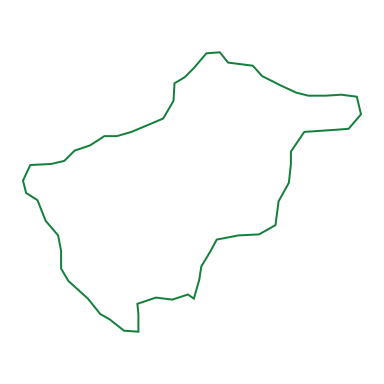 outline of Kyra, Cyprus
{"feature_id": "46923920B69110697471106", "entity_name": "Kyra", "entity_type": "district", "adm_level": 2, "iso_a3": "CYP", "parent_name": "Cyprus", "parent_adm1": "", "projection": "albers", "projection_center": [33.068, 35.212], "detail": "fine", "context": "isolated", "style": "outline", "palette": "green", "viewbox_px": 384, "rotation_deg": 0, "n_neighbors": 0, "source": "geoboundaries", "source_scale": "gbopen_adm2", "svg_char_len": 829}
<svg xmlns="http://www.w3.org/2000/svg" viewBox="0 0 384 384"><path d="M26.1,193.0L37.5,200.2L45.7,220.9L58.1,235.4L61.1,251.0L61.1,268.6L68.4,281.0L78.7,290.3L87.9,298.6L100.3,314.1L109.6,319.3L124.0,330.7L138.4,331.7L138.4,314.1L137.4,303.8L155.9,297.6L172.4,299.6L187.9,294.5L193.9,298.6L199.2,280.0L201.3,266.5L210.6,251.0L216.7,239.6L238.4,235.4L259.0,234.4L275.5,225.1L278.6,201.3L288.9,182.7L290.9,164.0L290.9,151.6L304.3,131.9L334.2,129.9L348.6,128.8L361.0,114.3L356.8,96.7L341.4,94.7L324.9,95.7L308.4,95.7L296.1,92.6L280.6,85.4L262.1,76.1L252.8,65.7L228.1,62.6L219.8,52.3L206.4,53.3L194.1,67.8L184.8,77.1L174.5,83.3L173.5,100.9L163.2,118.5L143.6,126.8L131.2,132.0L116.8,136.1L104.4,136.1L90.0,145.4L74.6,150.6L64.3,160.9L50.9,164.0L30.3,165.0L23.0,180.6L26.1,193.0Z" fill="none" stroke="#15803d" stroke-width="2"/></svg>